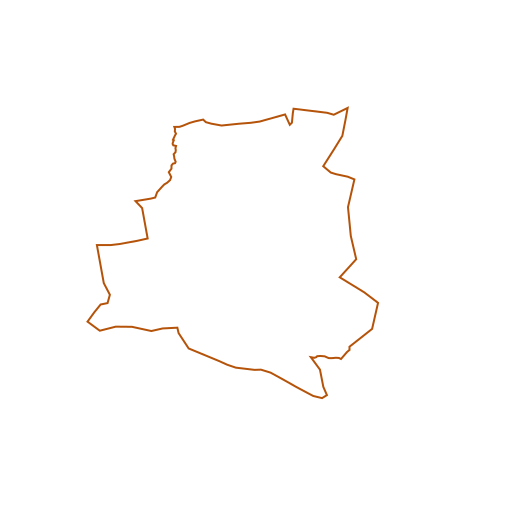 the district of Owerri Municipal, Imo, Nigeria, rotated 47°
{"feature_id": "59680162B94225169025314", "entity_name": "Owerri Municipal", "entity_type": "district", "adm_level": 2, "iso_a3": "NGA", "parent_name": "Nigeria", "parent_adm1": "Imo", "projection": "robinson", "projection_center": [7.015, 5.476], "detail": "fine", "context": "isolated", "style": "outline", "palette": "amber", "viewbox_px": 512, "rotation_deg": 47, "n_neighbors": 0, "source": "geoboundaries", "source_scale": "gbopen_adm2", "svg_char_len": 1639}
<svg xmlns="http://www.w3.org/2000/svg" viewBox="0 0 512 512"><g transform="rotate(47 256 256)"><path d="M307.3,354.8L315.9,351.2L323.9,346.9L338.3,334.7L342.5,329.9L351.2,324.9L365.5,320.2L378.5,316.1L383.5,314.4L391.4,311.7L397.4,309.6L405.0,304.6L406.1,299.0L397.6,296.0L382.7,286.7L367.4,284.9L370.2,282.8L371.1,280.9L371.0,279.6L372.9,277.2L376.2,274.2L380.2,272.5L381.3,271.4L383.0,269.5L384.8,267.1L387.1,264.9L389.3,264.1L388.7,258.6L388.3,255.1L388.4,252.3L388.5,251.7L386.1,249.5L388.5,220.8L373.5,198.7L356.5,201.6L328.7,209.3L326.7,184.9L306.0,173.0L283.0,155.4L267.1,131.8L260.6,134.8L250.7,141.7L246.0,144.4L236.2,145.6L231.1,125.9L227.0,110.9L217.3,97.5L210.2,88.0L205.7,102.8L199.8,106.3L173.9,128.1L176.7,131.7L183.0,138.8L183.1,141.8L172.3,138.2L160.2,161.6L155.0,169.0L147.6,178.3L137.1,192.2L128.8,198.4L123.9,201.4L120.2,201.6L116.0,208.7L113.4,213.8L110.9,220.5L109.4,223.8L105.9,227.7L107.8,228.5L109.5,230.4L112.0,231.1L112.6,233.1L113.5,235.3L114.4,237.5L115.3,237.2L115.9,238.6L116.9,240.3L117.5,240.7L118.7,241.0L119.5,240.4L121.0,239.4L122.2,241.4L123.8,242.4L125.2,244.1L125.4,246.8L127.4,248.0L129.2,249.3L132.3,250.5L132.9,251.9L131.8,253.7L132.1,256.0L134.5,258.3L135.2,262.6L140.4,264.1L141.9,267.1L141.8,271.2L141.1,274.3L141.3,277.8L141.9,284.8L144.5,289.8L142.4,293.6L139.3,298.3L133.7,306.7L143.3,306.6L169.3,323.3L163.9,332.5L154.2,347.6L149.0,354.7L139.5,364.9L172.0,385.8L184.7,389.3L189.2,396.7L185.5,402.7L186.9,412.7L189.1,424.0L204.1,421.2L212.0,406.8L223.2,395.0L239.5,383.7L245.3,373.7L254.8,362.4L259.6,365.2L277.7,368.3L307.3,354.8Z" fill="none" stroke="#b45309" stroke-width="2"/></g></svg>